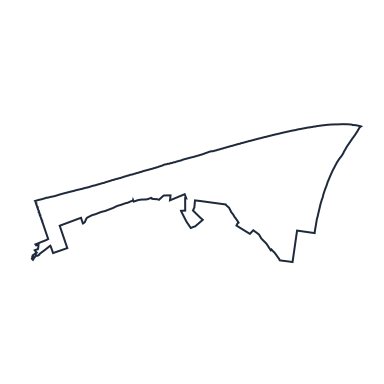 Kolkas pag., Dundagas, Latvia, rotated 12°
{"feature_id": "27541924B54610499536765", "entity_name": "Kolkas pag.", "entity_type": "district", "adm_level": 2, "iso_a3": "LVA", "parent_name": "Latvia", "parent_adm1": "Dundagas", "projection": "orthographic", "projection_center": [22.427, 57.687], "detail": "fine", "context": "isolated", "style": "outline", "palette": "slate", "viewbox_px": 384, "rotation_deg": 12, "n_neighbors": 0, "source": "geoboundaries", "source_scale": "gbopen_adm2", "svg_char_len": 5914}
<svg xmlns="http://www.w3.org/2000/svg" viewBox="0 0 384 384"><g transform="rotate(12 192 192)"><path d="M68.8,280.6L81.7,272.8L69.6,252.5L88.8,240.3L91.7,245.3L91.9,245.5L93.1,244.2L93.5,243.5L93.6,242.8L94.1,240.6L94.2,239.9L94.7,239.1L95.0,238.7L98.6,235.8L99.5,235.2L101.8,234.0L102.5,233.6L106.8,230.7L108.5,229.8L110.0,229.1L110.9,228.7L117.2,224.6L117.9,224.2L121.3,221.5L122.2,220.9L124.9,219.5L129.1,216.9L131.3,215.9L133.2,214.5L135.8,212.8L136.1,212.5L136.1,212.2L137.0,213.5L140.8,211.2L143.5,210.1L148.7,208.8L149.6,208.5L153.4,206.2L154.4,206.7L154.5,207.0L159.6,206.3L160.4,206.3L161.3,206.5L163.5,203.4L164.2,202.4L165.3,201.2L171.7,199.8L172.2,204.7L185.3,195.7L187.7,199.4L186.6,199.5L189.2,211.6L185.2,212.7L185.7,213.5L192.8,222.2L198.3,227.5L200.5,225.9L202.2,225.0L205.2,221.1L208.3,217.0L204.8,215.0L196.8,209.9L197.5,206.6L196.7,199.6L201.9,199.1L224.9,197.4L227.0,197.2L227.3,197.2L227.3,197.3L231.5,199.7L233.9,202.6L234.1,203.1L237.2,205.7L238.8,207.6L240.0,208.5L243.0,211.3L243.0,211.5L243.9,212.3L243.2,213.1L242.8,214.1L242.5,215.6L247.7,217.5L257.3,220.9L259.9,216.7L266.3,219.6L269.5,223.1L275.6,227.1L279.8,231.3L281.2,232.6L281.7,231.7L283.0,232.7L285.6,234.3L285.7,234.5L287.9,236.4L288.9,237.4L291.2,239.4L291.8,240.3L292.1,240.6L304.9,239.6L302.8,207.9L320.5,206.7L320.5,206.3L320.3,205.1L320.3,204.3L320.2,202.6L320.1,199.1L319.9,195.5L319.8,193.4L319.9,190.3L320.0,189.8L320.0,189.4L320.0,187.8L320.0,186.9L320.0,185.7L320.1,184.6L320.0,184.0L320.1,183.5L320.2,177.3L320.6,172.4L320.9,170.7L321.0,169.7L321.0,167.0L321.5,162.6L321.7,161.0L322.1,158.9L322.6,154.9L322.6,154.0L322.8,153.2L323.2,151.3L323.4,150.3L323.6,149.0L325.0,142.3L325.2,141.6L325.4,140.8L326.2,138.1L326.3,137.6L326.7,136.1L327.0,135.1L327.3,134.3L327.6,133.0L328.9,129.6L329.4,128.5L329.9,127.4L330.6,126.2L331.5,123.8L332.1,122.0L332.2,121.1L332.6,119.9L332.8,119.2L333.0,118.8L333.4,117.6L333.5,117.0L333.7,116.4L333.8,116.1L334.5,114.3L334.8,113.5L335.5,112.0L335.8,111.0L336.2,110.3L336.7,108.8L337.2,107.8L337.7,106.4L338.4,105.0L339.5,102.4L339.9,101.6L340.1,100.9L340.6,99.5L341.0,98.8L341.2,98.0L341.5,97.3L341.6,96.6L341.9,96.0L342.1,95.1L342.2,94.7L342.5,94.2L342.9,93.7L343.2,92.9L343.3,92.8L343.5,92.8L343.6,92.7L342.8,92.6L338.5,92.6L337.2,92.8L336.0,92.9L335.2,93.1L334.6,92.9L333.7,92.9L330.0,93.4L328.8,93.7L327.7,93.8L326.7,94.1L325.7,94.2L323.1,94.9L322.2,95.1L321.2,95.4L320.2,95.6L318.8,96.0L317.7,96.1L316.3,96.6L315.6,96.7L314.7,96.9L309.9,98.3L307.7,99.1L306.6,99.4L300.2,101.7L299.0,102.3L297.2,102.8L296.2,103.4L294.6,103.9L293.3,104.5L292.3,104.7L290.1,105.7L289.3,106.0L284.8,107.9L282.9,108.6L282.1,109.0L280.2,110.0L278.5,110.6L276.9,111.3L276.1,111.6L274.1,112.6L272.6,113.2L271.1,114.0L269.9,114.4L268.8,115.0L267.2,115.7L265.3,116.7L264.3,117.1L263.2,117.7L261.8,118.2L260.8,118.8L259.1,119.5L258.2,120.1L256.9,120.6L255.1,121.6L254.2,121.9L253.1,122.6L252.4,122.9L251.5,123.2L250.1,124.0L249.1,124.4L247.9,125.1L245.9,126.0L243.6,127.2L242.7,127.6L241.3,128.4L239.9,129.0L238.8,129.7L237.2,130.3L236.2,130.9L234.8,131.6L234.1,132.0L232.1,133.0L231.3,133.5L229.7,134.1L229.2,134.6L228.7,134.9L227.0,135.5L226.2,136.1L224.3,137.0L221.9,138.4L220.4,139.0L218.8,140.0L217.7,140.4L216.3,141.3L214.6,142.1L213.3,142.9L212.5,143.3L211.3,143.8L210.3,144.5L208.3,145.4L207.3,146.1L205.5,146.9L204.2,147.7L203.7,147.9L202.7,148.0L202.2,148.1L201.6,148.6L200.5,149.1L200.1,149.3L198.9,150.2L197.3,151.0L196.3,151.8L194.7,152.7L193.7,153.4L192.3,154.0L191.1,154.8L189.8,155.4L188.6,156.1L187.2,156.8L186.3,157.3L183.1,158.8L181.6,159.6L180.6,160.1L177.6,161.6L176.2,162.4L175.8,162.6L174.8,163.4L174.2,163.7L172.9,164.2L172.5,164.5L172.0,164.8L170.6,165.4L169.4,166.3L168.8,166.5L168.1,166.7L167.7,166.9L166.2,167.9L165.7,168.1L165.2,168.1L164.0,169.0L163.3,169.3L162.9,169.3L162.5,169.4L161.4,170.1L159.1,171.0L158.3,171.7L157.2,172.4L156.1,173.1L154.9,173.7L153.0,175.0L152.3,175.3L151.9,175.4L151.4,175.8L150.9,176.1L149.4,176.8L148.4,177.5L147.4,177.9L146.6,178.4L145.4,178.9L144.3,179.6L143.5,179.9L142.4,180.5L140.0,181.7L137.9,183.0L137.0,183.3L136.4,183.8L134.9,184.6L134.3,184.8L132.5,185.9L131.6,186.3L130.0,187.3L128.3,187.9L127.3,188.5L126.4,189.1L125.2,189.6L124.1,190.3L122.4,191.1L121.8,191.6L120.3,192.4L119.2,193.1L117.6,193.8L116.4,194.6L115.8,194.7L115.1,195.1L114.7,195.3L113.3,196.1L113.1,196.3L112.7,196.5L111.4,197.0L110.8,197.4L110.1,197.9L109.4,198.2L107.9,199.1L105.9,200.1L103.8,201.5L101.8,202.3L100.8,203.0L99.5,203.6L98.7,204.1L97.6,204.6L95.8,205.7L94.6,206.1L92.2,207.4L89.3,209.1L88.3,209.6L87.9,209.6L86.0,210.6L85.0,211.0L84.9,211.2L84.0,211.7L83.4,212.0L82.9,212.1L82.2,212.5L77.5,214.7L76.4,215.4L72.1,217.4L70.6,218.2L68.1,219.4L63.8,221.6L61.3,223.0L58.7,224.5L57.1,225.2L56.7,225.4L55.1,226.0L53.4,226.9L52.1,227.5L51.6,227.7L51.1,227.7L49.2,228.9L47.9,229.5L47.0,230.1L43.7,231.6L40.4,233.4L40.8,233.8L41.4,234.9L41.6,235.3L41.8,235.5L42.0,235.5L41.9,235.9L42.0,236.1L42.3,236.3L42.8,237.2L42.8,237.5L43.4,238.0L43.6,238.7L43.9,239.2L44.1,239.2L44.0,239.4L44.3,239.8L44.5,240.2L44.8,240.5L44.8,240.8L45.9,242.2L46.0,242.2L46.2,242.6L46.2,243.4L46.5,243.4L46.7,243.5L46.9,243.8L47.1,244.7L47.5,245.0L47.6,245.4L47.9,245.7L47.8,246.0L48.1,246.2L48.3,246.2L48.3,246.6L48.6,246.7L48.7,247.4L49.0,247.8L49.5,248.5L49.9,248.9L50.0,249.5L50.2,249.8L50.4,249.8L50.8,250.4L50.8,250.7L51.1,251.1L51.4,251.5L51.5,251.5L51.6,252.0L51.7,252.3L52.0,252.5L52.0,252.8L52.3,253.2L52.4,253.3L61.1,267.9L59.2,269.5L55.5,271.9L49.8,275.8L50.7,276.6L52.8,275.1L53.2,279.0L53.1,279.6L53.1,280.1L52.2,280.4L50.3,281.7L52.7,283.6L51.8,284.3L52.0,284.9L51.8,285.5L51.5,285.6L51.0,285.4L49.4,287.1L49.8,287.8L49.2,288.4L49.3,288.8L49.6,289.2L49.2,290.5L50.5,291.4L51.3,289.2L52.4,287.3L53.3,286.4L53.7,286.5L54.1,286.5L55.0,285.8L55.7,285.0L55.7,284.4L57.8,281.9L59.9,279.6L64.5,274.0L65.2,274.7L68.8,280.6Z" fill="none" stroke="#1e293b" stroke-width="2"/></g></svg>